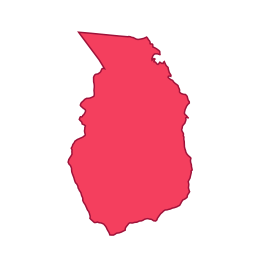 Alego Usonga, Nyanza, Kenya (Albers equal-area conic projection), rotated 80°
{"feature_id": "3690345B57306569752992", "entity_name": "Alego Usonga", "entity_type": "district", "adm_level": 2, "iso_a3": "KEN", "parent_name": "Kenya", "parent_adm1": "Nyanza", "projection": "albers", "projection_center": [34.222, 0.062], "detail": "fine", "context": "isolated", "style": "filled", "palette": "rose", "viewbox_px": 256, "rotation_deg": 80, "n_neighbors": 0, "source": "geoboundaries", "source_scale": "gbopen_adm2", "svg_char_len": 5370}
<svg xmlns="http://www.w3.org/2000/svg" viewBox="0 0 256 256"><g transform="rotate(80 128 128)"><path d="M128.9,66.6L127.8,67.4L126.3,68.2L125.5,68.7L124.7,69.5L124.1,69.6L123.4,69.9L122.2,69.6L121.0,69.1L120.4,68.8L119.8,68.6L118.3,67.6L117.0,66.7L116.4,66.3L115.6,65.4L115.1,64.9L114.8,64.4L114.1,63.3L113.5,63.2L112.8,63.1L111.7,63.6L111.2,63.8L110.6,64.0L109.2,64.1L107.7,64.2L107.0,64.3L106.0,64.9L105.5,65.2L105.0,65.6L104.6,67.0L104.4,67.6L103.4,69.4L103.1,69.8L102.6,70.3L101.5,71.0L100.3,70.8L99.8,70.6L99.3,70.6L98.1,70.8L97.4,71.0L96.7,71.2L94.9,71.4L93.6,72.5L92.3,73.8L90.7,75.0L88.9,75.8L88.5,76.3L87.9,77.3L87.5,77.7L87.0,78.2L86.0,79.1L85.0,79.7L84.5,79.5L84.1,79.3L84.0,78.2L84.6,76.9L84.0,76.7L83.5,76.5L82.2,77.1L81.7,77.2L81.2,77.5L79.9,77.8L78.0,78.0L77.5,78.0L76.8,78.1L75.6,78.0L74.9,78.3L73.9,79.1L73.3,79.5L72.5,79.8L71.0,80.2L70.3,80.4L68.9,80.7L69.2,81.2L69.4,81.6L70.5,82.2L70.3,83.0L70.2,83.7L68.9,84.9L68.7,85.3L70.0,86.5L70.3,87.0L70.6,87.5L69.7,88.6L68.4,89.2L67.7,89.8L67.2,90.9L66.7,90.7L66.0,90.5L64.8,89.5L64.5,89.9L64.1,90.4L64.6,91.5L65.3,92.5L63.9,92.5L63.5,92.2L62.8,91.8L61.5,91.2L60.0,89.6L59.7,88.6L59.8,87.5L60.0,86.5L60.3,85.7L60.7,84.9L61.2,84.2L61.2,83.7L60.6,83.7L60.1,83.7L59.3,83.6L58.7,83.5L58.0,83.5L56.9,84.3L55.4,85.7L54.3,86.9L53.9,87.4L52.9,88.8L52.6,89.4L51.4,89.3L50.5,89.2L50.0,89.2L49.5,89.6L49.3,90.3L49.3,90.8L48.8,91.6L48.1,91.4L47.2,91.4L46.0,91.7L45.3,92.1L44.7,92.5L44.1,92.7L43.5,93.0L43.0,93.1L41.7,93.9L41.9,94.6L42.1,95.4L42.3,96.3L42.5,97.0L42.5,97.8L42.6,99.2L42.6,99.9L42.6,100.7L42.6,102.1L42.5,102.6L42.3,103.5L42.1,104.0L41.7,104.7L39.8,107.2L39.6,108.0L39.3,108.7L38.5,110.0L38.2,110.8L38.0,111.5L38.2,112.0L35.7,121.4L28.3,148.0L25.1,160.0L27.4,158.9L43.5,150.8L55.8,144.6L65.5,140.8L64.9,142.2L65.2,143.4L65.7,143.7L66.2,144.1L67.6,145.0L68.2,145.6L68.6,146.2L69.1,147.4L69.4,147.9L69.5,148.5L69.5,149.9L69.5,150.4L69.7,151.1L70.7,152.2L72.1,153.1L73.9,153.4L75.8,153.7L76.4,153.8L77.0,153.8L78.4,153.7L80.1,153.8L81.9,154.1L82.6,154.3L83.3,154.5L85.2,155.0L87.0,155.1L87.9,155.2L88.7,155.3L90.5,155.8L91.0,156.7L91.5,158.3L91.9,160.3L91.9,161.0L91.9,161.7L91.6,163.6L92.4,165.9L93.3,166.9L94.3,168.6L95.3,169.9L96.6,170.7L97.3,171.0L98.5,170.5L99.9,169.3L100.4,169.0L100.9,168.6L101.9,167.5L102.4,167.0L103.6,166.8L104.2,167.0L104.7,167.2L105.7,167.9L106.2,168.4L107.2,169.2L107.5,169.8L107.8,170.4L108.7,170.9L108.9,171.3L109.0,171.8L108.7,172.9L109.1,173.3L109.5,173.6L110.5,174.1L110.9,174.5L112.2,173.9L112.8,173.4L114.2,172.5L114.7,172.5L116.1,172.4L116.8,171.4L117.2,170.8L117.6,170.3L118.6,169.6L119.9,170.4L121.3,170.7L122.8,171.2L123.4,171.4L125.2,171.4L126.8,171.2L128.0,171.7L128.4,172.8L128.7,173.4L129.0,173.9L129.4,175.1L129.5,175.7L129.8,177.0L130.2,178.4L130.3,178.9L130.4,179.5L131.0,181.0L131.3,181.4L131.7,182.5L133.0,183.4L134.7,185.2L135.2,185.4L136.1,185.9L136.6,186.2L137.0,186.5L138.0,187.4L138.5,187.3L139.8,186.9L141.1,187.3L141.8,187.4L144.1,187.7L144.6,188.1L145.8,189.1L146.4,189.7L147.0,190.2L148.2,191.3L148.8,191.8L149.5,192.1L151.2,192.9L151.7,192.8L152.9,192.4L153.5,192.3L154.5,191.5L155.1,191.2L156.4,190.9L157.8,190.6L159.0,190.8L161.4,191.0L163.5,190.7L165.6,190.3L167.1,190.0L167.8,189.9L168.9,189.8L169.9,189.7L170.8,189.6L172.3,189.3L173.0,189.1L174.0,188.3L175.2,187.9L175.9,187.6L176.4,187.5L177.8,187.5L178.5,187.5L180.1,186.9L180.7,186.8L181.2,186.7L182.3,186.1L183.8,185.6L184.4,185.6L185.0,185.5L186.6,185.4L187.3,185.2L187.8,185.0L189.1,184.8L189.6,184.8L190.1,184.8L191.1,185.1L192.4,184.9L193.2,184.7L193.8,184.5L195.1,183.9L196.2,183.5L197.1,183.2L198.5,182.9L199.4,182.6L200.7,182.4L202.2,181.9L203.2,181.3L203.7,181.1L204.2,181.1L205.5,180.8L206.1,180.8L206.5,180.8L207.6,180.6L208.4,180.6L209.1,180.7L210.4,181.2L212.0,180.1L212.6,179.6L213.1,179.2L214.7,178.0L215.3,177.4L215.5,176.1L215.3,174.5L216.2,173.0L216.9,170.8L218.4,168.6L220.4,167.4L222.2,166.6L224.0,166.2L225.7,165.6L227.8,164.8L230.2,164.4L230.6,162.7L230.9,160.8L230.4,159.3L229.6,157.5L229.7,155.0L229.4,153.0L229.3,152.5L228.8,150.9L228.1,148.5L227.4,148.4L226.0,147.9L224.7,146.7L223.3,145.1L222.3,144.0L222.0,143.5L221.7,142.5L222.0,141.6L222.3,140.3L222.3,139.6L222.1,137.9L222.3,135.6L221.6,132.9L221.8,131.0L221.5,129.4L220.8,127.7L220.6,125.9L220.7,124.2L221.4,122.7L221.8,121.4L222.1,120.7L222.4,120.3L223.8,118.9L224.4,116.9L223.5,115.5L222.2,114.8L221.8,114.5L221.1,113.8L220.4,113.1L219.5,112.2L218.7,111.4L218.0,110.6L217.0,108.9L215.9,107.3L215.2,105.6L215.4,103.8L215.2,102.0L215.1,100.2L214.6,98.4L214.5,96.2L214.1,93.6L213.5,91.8L213.2,90.6L212.1,89.7L211.4,89.1L210.4,88.4L208.5,86.7L208.0,85.1L207.6,83.8L206.7,82.2L206.4,81.8L204.4,81.1L202.7,79.5L201.4,78.4L200.6,78.6L199.8,78.7L197.4,78.9L194.5,78.0L193.9,77.9L191.2,78.0L189.3,76.6L188.2,75.7L186.5,75.0L184.6,74.2L183.0,73.5L182.5,73.4L181.3,73.3L180.5,72.1L178.8,72.1L176.9,72.2L175.5,72.0L175.1,72.0L174.2,72.1L172.7,72.3L170.6,72.1L169.9,71.8L168.6,71.3L167.3,72.1L165.6,73.5L163.9,74.5L161.9,75.2L159.9,75.3L158.2,75.6L156.4,75.7L155.7,75.6L154.9,75.5L153.4,75.3L151.3,75.0L148.6,75.0L146.6,74.5L145.3,74.9L143.9,74.5L143.3,74.4L142.4,74.6L140.8,75.2L139.2,75.5L138.1,75.0L137.6,74.7L137.0,74.5L135.5,74.0L134.2,72.6L133.9,72.2L133.1,71.2L132.5,70.9L131.0,70.0L130.6,69.8L129.4,69.4L128.2,69.5L128.0,69.1L127.5,68.4L128.9,66.6Z" fill="#f43f5e" stroke="#9f1239" stroke-width="1.5"/></g></svg>